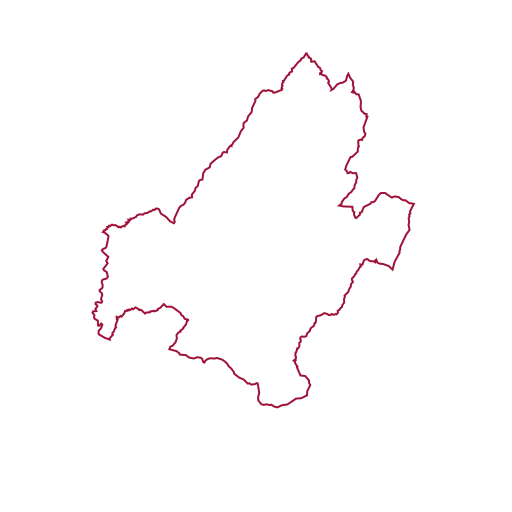 Rulindo, Northern, Rwanda (Mercator projection), rotated 58°
{"feature_id": "39286606B38837433870904", "entity_name": "Rulindo", "entity_type": "district", "adm_level": 2, "iso_a3": "RWA", "parent_name": "Rwanda", "parent_adm1": "Northern", "projection": "mercator", "projection_center": [30.0, -1.752], "detail": "fine", "context": "isolated", "style": "outline", "palette": "rose", "viewbox_px": 512, "rotation_deg": 58, "n_neighbors": 0, "source": "geoboundaries", "source_scale": "gbopen_adm2", "svg_char_len": 6124}
<svg xmlns="http://www.w3.org/2000/svg" viewBox="0 0 512 512"><g transform="rotate(58 256 256)"><path d="M246.0,380.6L245.7,379.4L247.5,375.8L247.0,375.4L248.2,371.9L248.9,371.8L249.9,368.3L248.9,367.3L249.2,364.6L247.9,359.7L251.6,358.8L254.1,354.8L256.2,353.4L264.4,350.2L266.1,350.7L268.4,349.7L271.5,349.7L274.0,347.4L274.6,347.6L274.6,349.0L277.0,351.7L278.3,355.7L278.9,356.0L279.2,359.2L279.9,359.8L279.5,360.1L280.1,361.2L279.8,362.3L280.8,365.2L284.1,366.9L286.5,370.0L287.9,374.3L287.5,376.7L289.1,378.9L294.6,373.8L297.9,372.6L299.3,372.8L303.0,367.9L306.6,366.6L309.9,363.2L310.7,359.5L313.1,356.7L314.8,356.2L318.0,356.9L319.0,356.2L318.0,354.5L317.7,351.9L318.5,349.0L321.2,345.1L321.7,343.2L326.0,339.6L329.5,338.1L332.9,337.4L334.8,337.7L338.4,336.6L342.9,336.3L344.2,336.9L350.2,334.7L354.2,331.9L359.8,330.6L360.5,329.0L362.5,328.2L364.0,325.1L364.2,322.7L365.0,322.1L373.8,325.8L377.0,329.2L379.8,330.6L384.6,330.0L386.4,328.3L387.3,325.8L389.9,323.0L390.2,321.8L393.2,320.4L395.7,318.1L396.3,313.2L398.5,308.1L398.2,297.6L400.6,292.9L401.2,286.6L397.8,284.2L394.3,278.4L392.0,278.3L389.7,277.0L383.9,277.9L380.8,281.6L371.8,280.2L371.8,279.5L367.5,279.6L365.9,278.4L365.4,278.9L365.3,278.2L364.6,278.9L364.3,276.9L363.1,275.7L361.5,275.5L358.8,273.6L358.8,272.6L356.2,270.1L356.7,269.4L355.7,267.2L352.5,265.2L352.3,263.5L351.0,262.5L349.5,262.4L348.6,261.4L348.5,259.9L350.0,258.0L350.6,255.8L348.8,253.7L348.0,249.8L347.2,249.4L346.2,247.5L345.8,243.6L344.0,242.0L344.3,241.2L343.1,239.7L339.7,237.3L339.4,235.9L340.6,232.5L340.6,228.4L343.1,226.1L344.5,225.7L345.5,224.3L345.3,222.4L347.1,221.3L347.4,219.1L348.1,218.7L347.5,216.5L345.7,215.7L345.9,213.5L345.2,212.9L344.8,210.2L343.4,208.8L342.2,205.9L339.0,204.0L337.7,202.2L336.5,201.9L335.4,196.9L333.1,194.0L332.5,192.3L330.2,190.2L329.3,187.5L327.0,187.3L325.9,186.5L325.2,183.4L324.0,181.7L323.9,180.3L322.6,178.9L322.2,177.0L320.4,173.8L320.5,172.8L318.4,172.0L319.8,170.4L317.1,167.1L316.8,165.7L317.4,163.4L320.7,162.0L323.1,158.9L324.3,158.3L323.0,157.4L322.8,155.9L325.8,156.6L327.8,155.4L330.2,152.4L334.9,148.7L339.9,147.4L334.4,141.6L329.3,132.4L327.9,131.9L327.2,130.6L324.7,128.8L317.4,117.3L315.3,112.0L310.4,110.1L308.5,108.2L304.5,106.3L303.7,104.7L302.0,104.2L301.7,102.5L299.8,101.8L295.4,94.5L292.3,98.0L287.7,99.9L287.0,101.4L284.6,102.9L281.7,103.7L279.0,106.8L278.4,109.9L270.9,113.2L268.8,116.7L269.3,119.5L272.5,126.0L272.4,128.2L271.5,129.8L272.3,131.5L271.6,138.7L274.9,143.2L274.4,144.9L276.0,146.0L276.9,150.9L276.1,151.5L272.7,150.9L270.9,149.4L270.5,149.9L268.7,149.9L265.3,148.2L260.3,155.6L257.3,158.7L257.1,155.9L255.6,154.3L254.0,150.5L254.1,147.8L252.4,144.5L252.1,140.9L250.9,138.4L250.9,136.9L248.1,134.7L246.5,131.8L244.9,130.9L243.2,128.5L238.7,127.2L237.1,130.1L234.6,131.5L234.9,132.9L234.3,134.5L232.7,133.9L230.0,134.6L227.0,131.2L222.2,123.4L222.9,121.9L221.4,114.4L218.6,112.5L217.5,110.6L216.9,110.8L212.4,108.2L212.6,105.8L213.8,104.6L212.3,102.8L211.9,100.1L210.2,98.4L208.2,98.5L204.0,96.8L196.9,87.7L196.2,88.5L194.4,87.0L192.7,88.6L188.5,89.6L185.3,88.5L180.2,84.9L173.4,83.3L172.0,85.2L168.7,85.6L169.2,86.7L167.9,87.8L166.9,85.5L165.2,83.9L162.1,83.2L159.7,81.2L154.6,81.7L150.4,81.1L151.5,83.1L155.0,86.9L154.9,90.9L154.0,92.7L153.5,96.1L155.3,101.8L155.2,104.1L154.4,103.1L147.2,103.0L146.8,101.6L144.5,101.2L143.0,101.9L141.9,101.2L139.4,101.9L137.7,103.8L136.2,104.3L135.7,105.3L134.9,104.7L135.3,103.5L134.3,102.1L133.1,102.7L130.1,102.1L128.4,103.1L122.0,103.1L120.5,106.2L117.9,104.8L115.6,106.1L114.8,105.5L113.5,106.0L111.0,105.7L110.8,106.2L112.9,110.5L112.6,113.1L113.6,113.9L114.0,117.5L116.5,124.7L116.1,126.3L118.6,127.6L118.3,130.2L118.8,131.3L119.7,131.6L119.6,134.1L122.4,140.0L122.0,140.4L123.2,140.9L123.2,141.8L124.9,143.5L125.7,143.3L127.1,145.4L128.1,145.1L128.8,145.9L127.4,153.7L126.6,154.8L125.3,154.6L121.8,157.7L121.3,160.2L119.7,161.6L119.5,163.6L120.4,167.0L122.2,169.9L122.5,173.5L124.2,174.3L128.5,181.0L131.6,183.4L133.4,188.7L136.3,191.9L136.6,195.7L138.6,197.6L140.6,198.4L142.2,202.7L146.1,208.2L147.5,214.9L148.7,216.5L149.0,218.4L149.8,218.6L149.0,219.6L149.5,221.3L150.9,224.3L152.8,225.8L150.8,228.1L150.7,229.4L152.9,232.6L152.3,236.0L152.9,241.1L153.7,245.7L156.3,248.3L156.0,253.1L157.8,256.8L162.8,260.9L161.9,263.1L162.2,264.7L165.8,268.3L166.3,271.2L168.4,273.5L169.9,277.8L172.4,279.1L171.3,281.6L171.3,284.2L171.6,286.0L173.1,287.5L174.1,290.3L173.7,293.0L174.4,295.5L180.1,304.2L181.7,306.1L184.0,306.8L184.7,308.3L181.1,310.5L175.1,311.6L169.6,314.2L165.1,313.5L163.8,314.2L162.6,316.0L163.3,317.5L162.2,318.7L162.6,321.3L161.8,322.4L162.0,325.0L160.7,328.1L161.1,329.7L158.9,332.8L158.5,335.5L159.3,337.0L158.7,341.3L157.8,342.5L158.7,343.4L157.8,344.7L158.9,344.5L158.9,345.9L159.6,346.0L159.2,347.1L159.8,346.6L160.3,348.2L160.4,349.0L159.9,349.0L160.7,350.5L160.5,351.3L161.2,351.7L160.3,352.7L159.8,354.6L160.2,355.4L158.6,356.6L158.8,357.3L155.5,358.7L154.3,360.7L153.1,361.4L153.3,363.2L152.5,364.4L153.2,364.8L152.6,366.6L153.4,366.5L154.1,368.3L153.7,368.8L154.4,370.0L153.7,371.2L154.6,373.1L155.6,372.1L160.4,370.4L161.6,371.0L168.9,378.0L169.5,379.4L169.0,381.7L169.4,383.7L171.4,383.7L178.5,381.7L180.9,385.7L183.6,385.7L186.0,392.3L187.3,392.6L190.6,391.1L195.2,392.7L195.9,394.7L194.8,398.7L195.2,399.6L196.3,400.7L199.0,401.3L201.1,402.6L201.7,403.4L202.0,406.7L202.8,407.2L205.8,406.5L207.4,406.9L210.5,410.4L213.0,410.5L213.7,411.4L213.5,412.3L211.3,414.4L210.6,416.7L211.8,417.6L213.6,416.9L214.6,417.1L215.8,420.2L218.1,420.6L216.6,423.5L217.4,424.7L220.6,424.4L222.2,425.9L223.8,426.1L227.0,424.4L231.2,426.7L232.1,426.0L231.2,423.1L232.8,422.7L235.2,425.8L236.1,429.1L238.9,430.9L245.4,427.5L249.3,424.4L248.4,424.2L246.9,419.0L245.9,419.1L245.0,418.2L244.9,416.9L242.5,413.8L242.5,412.5L240.4,412.0L236.7,407.1L236.1,407.6L234.9,406.2L234.3,406.8L233.7,406.4L235.4,405.1L235.1,402.7L236.2,402.2L235.0,398.6L233.2,396.0L234.2,394.6L233.6,393.7L234.7,392.8L234.1,392.0L235.2,390.9L234.8,389.0L236.1,388.4L235.8,385.5L239.0,383.6L240.0,383.7L240.8,382.0L246.0,380.6Z" fill="none" stroke="#9f1239" stroke-width="2"/></g></svg>